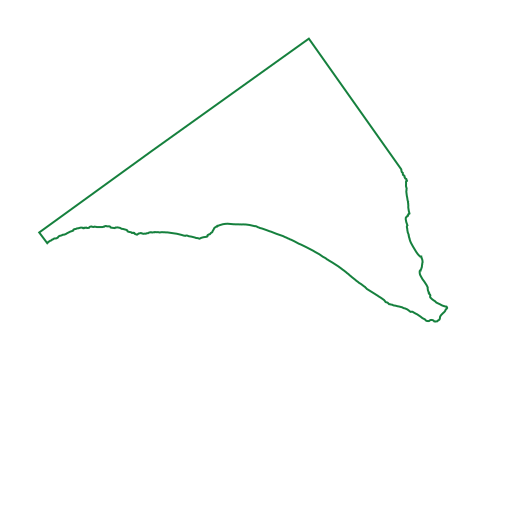 outline of Rawson, Chubut, Argentina, rotated 57°
{"feature_id": "61730980B86456825396626", "entity_name": "Rawson", "entity_type": "district", "adm_level": 2, "iso_a3": "ARG", "parent_name": "Argentina", "parent_adm1": "Chubut", "projection": "orthographic", "projection_center": [-64.868, -43.298], "detail": "fine", "context": "isolated", "style": "outline", "palette": "green", "viewbox_px": 512, "rotation_deg": 57, "n_neighbors": 0, "source": "geoboundaries", "source_scale": "gbopen_adm2", "svg_char_len": 5906}
<svg xmlns="http://www.w3.org/2000/svg" viewBox="0 0 512 512"><g transform="rotate(57 256 256)"><path d="M118.2,425.0L131.5,424.1L131.4,423.8L131.4,423.1L131.3,422.7L131.0,422.3L131.2,421.5L131.1,420.5L131.4,419.3L131.4,418.8L131.2,418.2L131.3,417.6L131.5,417.0L131.4,415.9L131.7,415.1L132.3,414.3L132.5,413.5L132.6,412.1L132.2,411.3L132.1,410.1L132.3,409.3L132.5,409.0L132.7,408.3L132.9,407.4L132.9,406.6L133.2,405.9L133.5,405.6L134.0,403.7L134.0,402.3L134.4,398.5L135.0,396.2L135.1,395.4L134.8,395.2L134.5,394.8L134.5,394.4L134.6,393.7L134.8,393.2L135.2,392.4L135.3,391.4L135.4,391.0L136.0,389.9L136.2,389.1L136.8,387.4L137.6,386.3L138.5,385.9L138.8,385.5L138.6,385.1L138.7,384.7L139.0,384.3L139.3,384.2L139.3,383.8L139.6,383.1L139.8,382.8L140.5,382.5L141.4,380.8L141.4,380.7L141.2,380.4L141.1,379.7L141.1,379.2L141.3,378.6L141.7,377.8L142.2,377.6L142.5,377.3L142.7,376.9L143.3,376.3L143.4,375.6L143.5,375.3L143.9,375.0L144.4,374.3L145.1,373.7L147.3,370.3L148.1,369.0L148.4,368.2L148.4,367.7L148.8,367.2L148.7,366.4L148.8,366.1L149.2,365.4L149.6,365.2L150.0,364.7L150.6,364.0L150.9,363.3L151.2,362.9L151.5,362.6L152.2,362.3L152.9,362.4L153.3,362.1L155.7,359.2L155.6,358.6L155.6,358.3L156.2,357.4L156.4,356.8L157.5,355.6L158.4,354.7L160.0,353.9L160.9,352.8L163.5,350.5L164.2,350.1L164.7,350.1L165.4,350.3L166.7,349.3L168.0,347.9L168.6,347.6L168.9,347.6L169.0,347.4L169.3,347.1L169.3,346.9L169.5,346.7L169.7,346.3L169.9,346.4L170.0,346.3L170.0,345.9L170.4,345.5L171.4,345.6L172.0,345.2L173.3,344.2L173.3,343.2L173.2,342.2L173.8,340.8L173.9,340.3L174.4,339.7L174.9,339.3L175.1,339.3L175.3,339.1L176.1,338.3L176.8,336.8L177.3,336.3L177.5,335.0L178.1,334.1L178.1,332.9L178.3,332.3L178.6,331.9L178.6,331.6L178.9,331.0L179.6,330.5L179.8,330.2L180.3,329.0L180.8,328.3L180.8,327.8L181.5,327.0L182.7,325.1L183.8,324.0L184.5,322.4L186.2,319.9L187.3,318.5L187.9,317.5L192.3,312.5L194.2,310.3L197.6,307.1L199.0,305.9L199.3,305.7L200.3,304.6L200.6,304.3L200.7,303.6L201.0,303.1L201.5,302.5L202.8,301.6L204.5,299.7L207.2,297.2L208.3,296.4L209.3,295.1L210.7,294.0L210.8,293.5L210.9,292.3L211.2,291.2L211.7,289.7L212.9,287.1L213.1,286.3L213.1,286.1L212.9,285.8L212.5,285.7L212.3,285.5L212.2,285.1L212.2,284.0L212.4,283.3L212.6,283.0L212.6,282.8L212.1,281.1L212.2,280.2L212.0,279.4L211.3,278.5L210.7,277.1L209.9,275.9L209.7,274.6L209.8,274.1L209.7,273.0L209.8,272.6L210.1,272.5L210.1,272.4L209.7,272.2L209.6,271.9L210.0,271.4L210.3,269.9L211.3,266.5L212.3,264.3L213.5,262.2L217.4,257.2L220.3,252.9L221.9,250.6L222.4,249.7L224.1,247.3L226.4,244.6L230.4,240.7L230.8,240.0L231.6,239.4L232.8,238.8L233.6,238.1L234.5,237.6L236.2,236.0L240.1,233.0L242.7,231.1L243.7,230.2L248.5,226.8L254.0,222.5L256.2,221.2L256.5,220.9L257.3,220.4L259.0,219.4L259.4,219.0L260.3,218.6L261.6,217.6L264.6,215.8L269.0,213.4L271.0,212.0L275.5,209.3L282.7,205.2L284.6,204.3L289.1,201.9L293.1,200.3L295.2,199.1L296.6,198.5L297.2,198.4L298.5,197.7L299.7,197.2L303.1,195.5L309.1,192.8L310.5,192.2L310.9,192.2L311.8,191.7L312.9,191.4L313.2,191.2L314.3,190.9L315.7,190.3L319.2,189.1L319.5,189.1L321.6,188.3L323.4,187.9L324.4,187.5L325.6,187.2L330.3,185.6L331.2,185.4L333.5,184.5L334.4,184.3L336.9,183.1L340.6,181.8L341.4,181.4L342.0,181.4L342.5,181.2L343.9,181.0L353.3,176.6L354.3,176.2L355.6,175.5L356.1,175.4L359.3,173.9L362.6,172.6L364.3,172.4L365.1,172.4L365.5,172.2L366.7,171.1L367.4,170.9L368.9,170.6L369.3,170.0L370.4,169.1L370.9,168.4L371.8,167.9L372.4,167.5L373.7,166.0L375.3,164.6L376.1,163.7L378.6,161.4L380.1,160.6L381.2,159.5L383.2,158.2L385.0,157.5L386.1,157.2L387.1,156.7L387.6,155.6L387.9,155.2L388.4,154.9L389.9,154.2L390.2,154.0L390.7,153.8L392.7,152.6L396.5,151.0L398.6,150.3L399.9,149.6L401.0,148.9L402.7,148.6L403.1,148.4L403.8,147.8L404.7,146.5L404.8,146.0L404.7,145.4L404.7,144.7L405.0,144.0L405.4,143.4L405.9,142.9L406.7,142.3L408.0,142.1L408.5,141.3L408.8,141.1L409.0,140.5L409.3,139.9L409.4,139.7L409.5,139.5L409.2,138.5L409.3,137.5L409.2,136.7L408.4,135.7L407.4,134.9L406.9,134.2L406.3,132.7L405.7,129.9L405.6,128.9L405.1,127.3L404.2,126.0L404.1,125.0L403.7,124.0L403.5,123.9L403.2,123.8L402.2,123.8L402.0,124.0L401.6,124.7L400.9,125.1L400.6,125.5L399.7,126.2L398.6,127.0L396.7,128.0L393.3,130.1L391.4,130.5L389.9,131.2L388.0,131.9L385.7,132.4L385.3,132.3L384.5,131.8L384.1,131.3L383.8,131.2L383.2,131.1L382.2,131.4L380.9,131.3L380.8,131.2L381.2,131.0L381.2,130.9L378.6,130.6L378.2,130.4L376.3,129.5L375.9,129.1L375.0,129.0L374.5,128.9L373.9,128.9L373.5,128.8L371.6,128.8L369.0,128.8L366.2,129.0L362.9,128.8L361.0,128.6L359.7,128.1L358.6,127.5L357.8,126.9L357.5,126.2L357.8,125.8L357.3,125.4L356.8,124.4L355.8,123.3L355.6,122.9L354.0,121.7L353.6,121.2L352.5,120.4L352.2,119.9L351.7,119.5L351.0,119.2L350.5,118.9L349.2,118.4L348.1,118.3L347.6,118.0L347.1,118.0L346.5,117.7L346.3,118.2L346.0,118.4L345.9,118.6L345.3,118.7L344.4,119.0L342.4,119.3L339.8,119.4L333.7,119.2L329.6,118.9L327.7,118.6L325.5,118.0L325.0,117.8L324.8,117.6L324.2,117.6L323.6,117.4L322.9,117.2L322.6,116.9L321.7,116.7L321.4,116.4L318.6,115.8L318.3,115.6L316.5,114.9L315.8,114.4L314.5,114.0L313.4,113.4L312.7,112.5L312.7,112.3L309.4,111.5L306.7,110.4L305.6,109.6L305.4,109.3L305.3,108.7L305.1,108.4L305.1,107.6L304.9,107.4L304.7,106.9L304.4,106.5L304.4,106.0L304.5,106.0L304.3,105.7L303.8,105.1L304.0,104.8L304.0,104.5L304.0,104.2L302.7,103.7L301.9,103.5L300.5,102.9L298.1,101.8L296.4,100.6L295.3,100.1L295.2,99.9L293.7,99.3L293.4,98.9L293.2,98.9L292.8,98.8L291.8,98.5L289.4,97.4L287.8,96.8L283.9,94.9L283.1,94.3L282.8,93.9L281.9,93.4L281.6,93.0L281.0,92.7L280.4,92.6L279.0,92.1L276.7,90.5L275.8,90.0L275.1,89.4L275.1,89.1L275.2,88.8L274.9,88.7L274.8,88.4L274.4,88.5L274.0,88.2L273.2,88.0L272.8,88.3L272.2,88.6L271.6,88.5L270.9,88.5L270.6,88.2L269.9,88.1L269.6,87.9L268.8,88.2L268.3,88.2L268.0,88.5L267.4,88.3L266.2,87.6L265.1,88.0L263.7,87.6L262.5,87.0L262.2,87.0L102.5,93.3L111.2,287.1L118.2,425.0Z" fill="none" stroke="#15803d" stroke-width="2"/></g></svg>